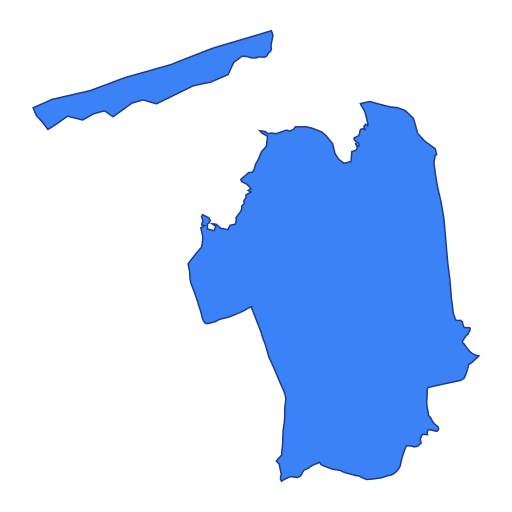 outline of Al Hamul, Kafr ash Shaykh, Egypt
{"feature_id": "37247803B81871138986317", "entity_name": "Al Hamul", "entity_type": "district", "adm_level": 2, "iso_a3": "EGY", "parent_name": "Egypt", "parent_adm1": "Kafr ash Shaykh", "projection": "mercator", "projection_center": [31.058, 31.415], "detail": "fine", "context": "isolated", "style": "filled", "palette": "blue", "viewbox_px": 512, "rotation_deg": 0, "n_neighbors": 0, "source": "geoboundaries", "source_scale": "gbopen_adm2", "svg_char_len": 4613}
<svg xmlns="http://www.w3.org/2000/svg" viewBox="0 0 512 512"><path d="M436.6,154.7L436.6,154.2L435.2,148.7L424.8,141.2L417.6,133.4L415.5,125.3L413.4,118.3L405.2,110.5L397.4,107.7L396.9,107.5L391.2,107.1L385.3,105.7L381.4,104.7L369.8,101.5L360.4,103.6L360.7,104.3L361.0,105.1L363.5,109.1L365.0,112.1L367.1,120.2L367.0,120.9L368.1,124.2L367.7,125.7L366.8,124.6L365.7,124.2L363.8,126.5L364.5,128.2L365.3,129.5L362.6,128.8L362.2,128.9L360.7,129.3L359.9,131.0L359.5,133.8L358.4,135.9L354.2,137.8L354.0,139.3L355.8,141.5L358.9,143.5L359.1,145.7L357.2,145.9L356.7,144.2L355.3,143.1L356.9,146.5L357.3,148.2L356.2,150.1L351.8,151.6L351.0,161.5L344.1,163.3L338.6,159.2L334.9,153.3L332.7,143.8L325.9,135.5L321.8,132.0L312.6,128.3L305.9,126.7L295.4,126.8L294.9,127.4L293.5,129.4L289.5,131.2L286.6,130.1L275.9,133.7L271.2,133.0L267.9,133.7L265.3,131.5L259.8,130.7L261.6,132.9L267.5,136.3L266.4,146.2L261.3,152.0L258.3,159.4L255.4,164.5L254.3,168.9L252.5,172.2L248.8,172.5L243.7,176.9L240.7,179.5L241.8,181.7L247.0,184.3L251.0,188.7L248.1,190.5L251.0,192.0L245.9,194.9L246.2,197.1L243.7,201.1L244.4,203.4L241.8,205.9L241.8,208.5L240.7,211.4L236.0,217.6L236.3,220.2L235.2,224.2L230.1,225.3L227.9,229.7L220.6,228.2L216.2,224.2L212.2,223.8L215.8,226.4L214.0,230.8L207.4,228.9L207.4,224.2L209.2,222.7L210.3,220.5L208.9,217.9L202.6,214.6L201.5,216.8L203.0,220.9L201.9,223.4L201.6,224.9L204.5,225.6L200.8,227.8L202.1,233.5L202.8,237.2L202.3,243.0L201.6,247.0L195.7,253.9L188.1,263.7L188.8,267.8L189.8,272.2L189.8,272.8L189.8,275.8L190.1,279.2L190.8,282.8L191.6,285.0L194.3,292.0L197.5,301.2L198.9,306.0L200.3,310.0L201.4,314.1L202.4,318.5L203.8,321.4L205.3,323.3L207.1,323.7L210.3,323.0L215.4,321.6L219.4,319.4L226.3,317.7L229.9,316.7L234.3,314.9L240.1,312.4L244.1,310.6L248.1,308.1L251.7,306.7L251.8,308.4L261.2,332.4L262.6,337.6L265.1,343.8L268.9,357.1L272.8,365.5L276.0,372.9L279.2,380.6L281.7,386.2L283.8,390.9L285.2,395.0L285.9,399.0L285.1,404.9L284.7,409.6L284.7,416.2L284.3,422.8L284.2,423.2L283.1,430.8L282.6,443.6L282.2,448.4L281.8,451.7L281.8,455.0L280.7,456.0L279.2,457.8L277.8,459.3L276.3,461.1L279.2,464.1L281.2,474.3L280.5,477.6L280.5,478.0L280.5,479.1L281.5,481.3L283.7,479.8L287.0,478.1L290.6,476.6L294.6,477.1L297.4,477.5L300.0,476.4L301.4,474.6L302.9,471.7L304.4,469.9L308.7,468.1L309.8,467.0L312.7,465.2L316.0,463.8L317.4,463.5L318.2,462.8L318.5,462.8L319.6,462.4L320.8,464.2L321.0,464.6L323.2,465.7L332.5,469.2L337.9,470.0L340.1,470.4L344.0,472.3L346.6,473.0L348.0,473.4L353.4,474.9L356.3,475.7L357.7,475.7L359.2,476.1L363.8,478.4L364.6,478.7L366.7,479.5L373.6,478.9L380.8,477.9L383.3,477.2L387.3,475.8L390.9,475.1L393.8,473.7L396.4,471.5L398.2,469.4L398.6,468.8L400.0,466.5L400.6,464.0L400.8,462.8L401.9,458.1L403.1,454.4L404.5,450.4L406.4,445.7L411.8,446.1L414.3,446.9L417.6,446.2L421.2,443.0L420.2,439.3L422.4,434.2L427.5,434.7L427.1,432.8L427.5,431.7L427.5,430.6L428.9,429.6L434.0,430.7L435.4,431.1L436.9,431.1L437.2,431.1L438.7,429.3L438.4,428.3L438.0,426.8L434.4,423.8L432.6,421.6L431.6,419.4L430.2,417.1L428.4,415.3L428.4,413.8L427.0,406.1L426.7,402.1L427.2,394.0L427.2,391.9L427.2,390.8L427.6,388.4L428.0,387.5L444.1,383.9L460.9,380.3L464.2,378.1L464.4,377.7L466.0,373.8L468.3,366.5L468.6,364.6L470.1,363.6L471.9,362.5L478.9,356.0L477.1,355.6L472.4,353.7L469.9,351.5L467.0,348.2L464.2,344.1L462.7,342.6L462.4,341.1L463.9,339.0L466.1,335.7L467.9,334.3L469.0,332.1L470.1,329.9L470.1,328.1L469.1,327.7L466.5,327.6L464.4,327.6L463.3,325.8L462.3,321.7L460.1,320.2L458.3,320.6L456.1,320.2L455.1,318.7L454.4,316.1L453.3,313.9L452.3,304.4L451.3,298.1L451.0,293.0L450.0,280.9L447.7,262.5L444.8,228.8L444.7,227.2L443.8,217.8L441.1,202.3L437.3,185.8L435.6,175.5L433.9,162.6L434.7,158.6L435.1,155.3L436.6,154.7ZM47.9,129.5L56.5,124.0L67.5,116.2L82.7,120.0L93.6,113.8L104.5,110.8L113.1,116.7L122.6,109.9L132.0,103.1L143.0,99.9L156.5,103.8L169.6,97.4L177.9,93.3L193.5,85.7L210.8,82.1L228.1,74.6L233.6,62.6L242.0,56.2L247.4,56.6L251.7,57.9L254.7,57.9L255.9,57.8L257.0,57.8L257.9,56.9L258.8,56.9L264.8,57.2L266.2,56.3L266.8,55.9L268.6,52.7L269.5,52.2L270.6,51.2L271.0,50.0L271.4,48.9L271.2,47.8L271.1,46.8L271.1,45.0L271.2,44.0L271.5,42.6L272.2,39.5L272.3,39.1L272.7,36.9L273.0,35.2L271.4,30.7L257.1,35.0L247.0,38.0L239.3,40.3L228.7,43.4L220.0,46.0L213.7,47.9L211.9,48.5L209.5,49.4L205.4,51.0L192.6,56.0L179.6,61.1L170.9,64.6L158.8,68.0L144.5,72.1L137.8,74.0L130.9,75.9L125.0,77.6L120.4,79.3L103.7,85.6L97.1,88.0L90.2,90.6L85.6,91.7L78.9,93.2L68.1,95.7L61.5,97.2L54.8,98.8L52.2,99.3L47.1,101.6L38.1,105.6L33.1,107.8L36.4,115.7L42.2,121.9L47.4,128.8L47.9,129.5Z" fill="#3b82f6" stroke="#1e3a8a" stroke-width="1.5"/></svg>